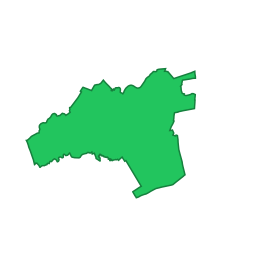 the district of Petresti, Dâmbovita, Romania, rotated 307°
{"feature_id": "2599482B47779361305396", "entity_name": "Petresti", "entity_type": "district", "adm_level": 2, "iso_a3": "ROU", "parent_name": "Romania", "parent_adm1": "Dâmbovita", "projection": "equal_earth", "projection_center": [25.302, 44.657], "detail": "fine", "context": "isolated", "style": "filled", "palette": "green", "viewbox_px": 256, "rotation_deg": 307, "n_neighbors": 0, "source": "geoboundaries", "source_scale": "gbopen_adm2", "svg_char_len": 5410}
<svg xmlns="http://www.w3.org/2000/svg" viewBox="0 0 256 256"><g transform="rotate(307 128 128)"><path d="M195.2,161.6L194.8,159.6L194.0,158.4L192.3,157.7L190.6,156.4L188.9,154.9L188.5,154.2L188.2,152.9L188.5,152.6L189.1,152.4L188.4,150.9L188.3,150.5L188.4,150.2L189.2,149.2L189.5,148.6L190.4,147.6L193.0,145.3L193.0,144.8L193.6,144.8L195.1,145.0L195.3,144.7L195.8,144.2L196.5,143.9L198.5,142.9L198.9,142.8L199.3,143.0L204.2,147.8L206.3,149.6L207.1,150.4L208.3,151.9L209.6,150.9L211.6,148.8L213.5,147.2L211.0,145.7L210.9,145.8L195.0,134.8L197.0,125.9L196.7,125.8L196.3,124.3L195.3,123.1L198.0,122.3L194.8,118.7L193.5,117.3L192.1,116.2L190.7,116.7L189.9,116.5L188.4,114.3L186.0,114.0L184.1,113.5L183.4,113.7L182.0,113.7L180.1,113.0L178.2,112.7L175.4,113.2L170.6,113.4L169.0,113.5L167.5,113.2L166.3,112.4L165.5,111.5L165.2,110.5L165.0,109.2L164.9,107.2L164.7,106.2L164.2,104.9L163.4,104.0L161.7,103.0L158.9,102.4L157.4,102.4L155.3,102.7L153.8,103.2L152.2,103.3L152.2,102.1L151.8,100.9L151.9,100.3L152.6,99.8L153.6,99.2L154.6,98.4L155.1,97.2L154.9,96.3L153.9,95.5L153.0,94.3L152.7,94.0L152.1,93.8L151.8,93.8L150.7,94.1L150.0,94.2L149.9,93.8L150.2,93.1L148.6,93.2L148.5,92.8L148.1,92.8L148.0,92.3L147.9,92.3L147.8,92.1L148.0,91.9L149.3,91.9L149.5,89.6L149.9,87.8L150.3,84.9L150.7,82.4L151.4,79.5L147.5,79.4L146.9,79.2L145.7,78.7L145.0,78.3L143.9,77.0L142.2,75.6L141.6,75.6L137.7,76.1L136.7,76.2L136.0,76.4L134.5,71.1L134.1,69.9L133.5,67.7L133.3,67.5L128.7,67.8L128.8,69.1L122.1,69.8L118.0,69.8L114.2,69.8L113.3,69.8L112.2,69.8L110.2,69.8L109.7,69.5L109.2,69.1L108.8,69.3L108.1,70.2L107.9,70.4L106.8,70.7L106.6,70.8L105.8,72.2L105.6,72.4L104.2,71.9L102.6,71.5L102.3,71.4L101.9,71.1L101.2,70.9L100.7,70.8L100.9,70.1L101.0,68.7L100.9,68.2L100.5,67.6L100.2,66.7L97.0,66.1L96.9,66.1L96.8,65.8L95.9,65.1L95.3,64.7L94.8,63.9L94.8,63.5L94.9,63.3L95.6,62.8L95.6,62.5L95.4,62.1L95.5,61.9L95.5,60.9L95.4,60.6L94.3,59.6L93.2,59.3L91.9,59.3L90.7,59.6L89.5,59.5L89.2,59.5L87.9,59.2L87.1,58.8L86.7,58.8L86.1,58.9L85.5,58.9L83.8,59.4L83.2,59.5L82.8,59.3L82.1,58.7L81.2,57.1L80.4,56.6L79.1,55.9L77.2,55.7L76.9,55.8L76.4,55.9L75.3,56.6L74.4,57.7L74.1,58.2L73.8,58.4L73.2,58.6L72.4,58.7L70.6,59.9L69.3,58.7L68.9,58.5L68.4,58.2L67.4,57.9L66.5,57.4L64.5,56.5L63.4,56.0L61.9,55.7L61.0,55.7L58.5,55.2L57.4,54.8L56.9,54.3L56.8,54.5L56.8,54.9L56.4,55.3L56.2,55.7L56.1,56.0L53.6,59.7L53.3,59.8L50.7,64.1L46.1,70.9L45.9,71.3L42.5,75.4L42.7,75.5L43.3,75.5L43.5,75.4L43.6,75.1L43.9,75.0L44.5,75.6L44.5,75.9L44.9,76.1L45.1,76.4L44.9,77.1L44.6,79.0L44.5,79.5L43.6,81.1L43.8,81.5L45.1,81.7L45.8,81.9L46.8,82.7L47.2,83.3L47.5,83.8L48.9,84.5L49.9,85.3L50.2,85.3L50.9,84.9L51.4,85.1L51.9,85.8L52.1,86.4L52.3,86.4L54.1,85.8L54.3,85.8L54.6,86.0L55.1,87.1L55.3,87.2L57.4,87.2L58.0,87.6L58.9,87.6L59.1,87.7L59.2,88.1L59.3,88.6L59.2,89.0L59.4,89.7L59.4,89.9L59.3,90.3L58.5,91.6L58.5,91.9L58.9,92.2L59.5,92.5L60.6,92.3L61.3,91.9L62.1,90.7L62.4,90.5L62.8,90.5L63.6,90.9L64.3,91.6L64.4,91.8L64.4,92.8L64.6,93.3L64.8,93.6L65.2,93.8L65.8,93.9L66.7,93.1L67.6,92.5L68.0,92.5L68.5,92.6L68.7,93.0L68.7,93.4L68.5,94.4L68.6,95.0L69.9,96.1L70.9,96.3L72.3,96.3L72.9,96.5L71.1,100.0L71.0,100.4L71.1,100.9L71.3,101.5L71.5,101.8L72.1,103.2L72.5,103.5L72.8,104.3L73.3,104.9L74.7,106.9L75.8,107.4L77.9,107.2L78.3,107.2L79.8,107.7L81.5,109.0L82.7,110.1L84.5,110.7L84.6,110.9L84.6,111.6L85.1,112.1L85.1,112.8L85.9,113.3L87.0,113.6L85.7,115.1L87.6,116.3L85.1,120.3L84.4,120.9L84.6,122.9L84.7,125.3L84.8,125.5L85.2,125.4L85.4,125.2L85.6,125.0L85.6,124.8L85.7,124.7L86.7,124.2L87.2,123.6L87.3,123.4L87.2,123.2L87.0,122.9L87.0,122.6L87.3,121.9L87.8,121.3L88.1,121.3L88.2,121.5L88.4,121.5L88.5,121.8L88.6,121.7L89.0,121.7L89.4,121.3L89.7,121.2L90.1,121.4L90.4,121.8L90.4,122.0L90.3,122.4L90.4,122.9L90.4,123.0L90.1,123.1L90.5,123.5L90.4,124.1L90.1,124.3L90.3,124.5L90.7,124.6L90.9,124.8L91.0,125.2L91.0,125.5L90.5,126.0L90.9,127.0L91.1,127.1L91.1,127.5L91.4,127.8L91.4,128.0L91.6,128.3L91.7,128.8L91.9,128.9L92.2,128.9L92.4,129.3L92.4,129.7L92.3,130.0L91.5,130.8L91.3,130.9L91.3,131.0L91.4,131.3L91.5,131.4L92.1,131.4L92.3,131.6L92.7,132.5L92.4,132.8L92.1,132.8L91.9,132.6L91.5,132.8L91.1,133.0L91.1,133.3L91.7,133.7L92.1,133.8L92.8,133.5L93.0,133.8L92.5,134.7L92.4,134.9L92.5,135.0L92.7,135.3L93.6,135.6L94.1,136.0L94.4,136.3L94.8,136.8L95.1,136.9L95.3,137.0L95.5,137.2L95.5,137.7L95.8,138.0L96.3,138.5L96.8,138.6L96.6,139.9L96.6,140.0L97.5,140.0L101.2,140.8L99.5,145.4L100.7,145.9L89.4,173.7L87.9,173.0L84.8,171.9L84.5,171.9L84.2,171.7L80.0,170.2L79.9,170.3L79.7,170.7L78.9,172.6L78.8,172.8L78.0,174.7L77.9,175.3L77.3,176.6L78.7,177.6L80.1,178.3L80.8,178.6L81.2,178.6L81.5,178.9L82.9,179.7L85.1,181.2L86.0,181.9L86.0,182.0L86.6,182.3L88.7,183.3L91.1,184.2L95.2,186.1L96.7,186.9L98.7,188.6L101.0,190.4L108.3,196.8L109.8,197.9L113.9,198.9L120.4,200.6L120.7,200.7L123.1,201.3L123.6,201.3L124.1,201.4L124.7,201.6L124.9,201.7L130.5,194.8L131.9,193.2L133.5,191.6L134.3,190.6L138.6,185.0L141.4,181.5L146.7,176.6L148.7,175.0L151.7,172.0L151.3,170.7L150.4,170.9L150.1,170.6L149.4,168.1L151.5,167.6L153.1,164.7L151.7,163.6L151.1,162.9L155.2,161.7L158.1,161.3L160.8,160.7L161.3,160.5L161.4,160.3L161.2,160.1L161.2,159.9L163.1,158.9L165.2,157.5L167.6,156.2L168.2,156.0L170.8,158.4L171.1,158.3L175.2,161.8L177.6,164.0L183.5,169.4L185.3,168.2L188.7,166.0L189.7,165.3L190.7,164.7L190.6,164.4L193.8,162.5L195.1,161.7L195.2,161.6Z" fill="#22c55e" stroke="#15803d" stroke-width="1.5"/></g></svg>